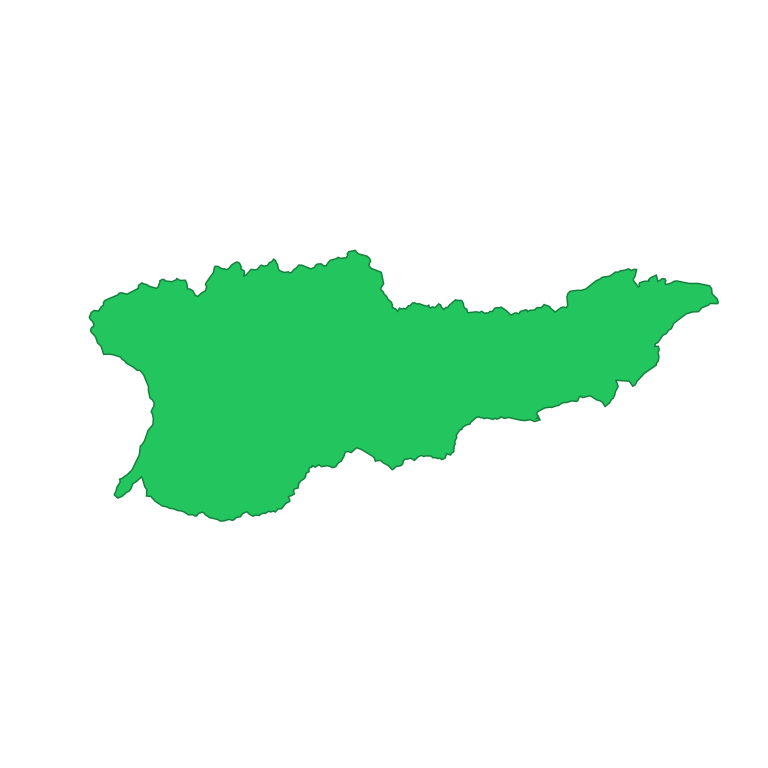 outline of Calca, Cusco, Peru, rotated 285°
{"feature_id": "86281439B75585445771905", "entity_name": "Calca", "entity_type": "district", "adm_level": 2, "iso_a3": "PER", "parent_name": "Peru", "parent_adm1": "Cusco", "projection": "mercator", "projection_center": [-71.991, -13.041], "detail": "fine", "context": "isolated", "style": "filled", "palette": "green", "viewbox_px": 768, "rotation_deg": 285, "n_neighbors": 0, "source": "geoboundaries", "source_scale": "gbopen_adm2", "svg_char_len": 6142}
<svg xmlns="http://www.w3.org/2000/svg" viewBox="0 0 768 768"><g transform="rotate(285 384 384)"><path d="M463.5,209.8L459.9,206.3L455.3,204.1L453.7,202.4L454.0,200.0L453.4,197.9L454.6,192.9L453.9,190.4L452.0,190.0L448.0,190.5L435.2,185.8L433.9,185.9L431.9,187.6L428.0,187.4L424.5,184.0L420.4,181.6L420.8,178.8L424.6,175.2L425.5,172.0L425.1,169.7L430.1,167.5L432.8,165.3L431.3,160.3L432.2,156.5L430.9,156.3L427.9,152.6L427.0,146.1L428.0,144.6L427.7,142.8L425.5,140.7L424.1,141.3L421.3,140.6L419.6,140.9L417.5,139.5L417.7,131.6L418.7,128.8L418.5,126.4L419.0,123.9L415.8,121.4L412.8,121.9L404.7,113.0L404.2,112.3L404.2,106.9L403.2,104.7L401.4,104.1L392.8,93.1L390.6,92.0L387.3,92.5L385.1,90.8L380.6,89.4L380.0,84.8L377.1,82.7L372.2,82.1L370.2,83.8L369.5,85.5L367.1,88.1L364.4,88.6L363.3,87.2L360.9,86.5L358.7,87.3L355.0,93.1L349.5,96.7L347.4,100.8L340.1,105.5L341.5,109.8L342.2,115.0L341.8,122.6L340.1,124.7L339.0,128.0L337.5,129.6L335.2,138.1L333.3,142.0L334.1,144.2L333.0,146.4L330.6,149.5L320.3,157.3L317.2,157.9L310.0,161.5L308.5,164.7L306.3,166.8L302.6,167.6L300.8,166.8L296.8,166.3L295.2,168.1L290.6,170.2L285.0,171.3L278.0,168.1L267.4,167.4L263.0,166.1L261.0,164.7L252.3,166.0L235.7,162.8L230.1,159.5L224.8,155.1L223.7,153.2L221.1,154.6L215.2,152.7L211.6,152.9L207.2,152.1L204.9,156.4L208.0,160.3L212.8,163.4L214.4,165.4L217.3,166.7L222.5,167.2L225.9,170.2L231.5,173.8L230.2,175.1L222.7,179.6L220.6,182.3L214.3,183.5L215.1,187.9L211.6,193.1L208.8,201.5L209.1,205.9L208.4,209.4L209.0,213.0L208.4,217.0L209.0,222.4L207.0,229.1L208.3,233.1L207.6,235.5L208.0,237.1L210.6,238.0L213.0,241.1L212.9,243.5L211.5,245.1L209.8,250.1L210.1,258.4L209.2,261.3L210.5,265.2L213.1,269.2L213.1,272.9L214.0,274.2L216.7,275.8L218.7,279.8L222.1,281.0L224.8,284.0L225.0,284.7L223.3,287.9L222.4,291.8L224.0,293.6L224.7,297.6L226.2,298.4L228.0,300.9L228.3,302.8L231.1,305.5L231.2,308.1L232.6,310.0L232.2,312.1L236.1,314.2L236.9,317.3L242.9,319.8L246.3,323.3L248.0,322.8L250.5,320.7L252.3,323.6L254.7,325.9L257.2,324.3L259.4,324.6L261.3,327.9L266.0,327.5L269.0,328.9L272.0,331.5L274.2,332.2L277.5,331.9L279.9,334.3L282.4,333.5L284.1,334.0L285.0,335.7L286.7,335.9L285.9,339.1L289.1,342.0L288.0,345.0L290.4,350.4L290.4,353.2L289.8,355.5L291.0,358.0L292.2,359.0L295.1,359.8L298.7,362.8L303.8,364.0L308.3,364.2L309.5,367.0L309.2,370.0L315.4,374.1L314.8,379.5L311.3,391.6L310.0,393.9L307.1,395.7L308.1,396.9L309.3,400.8L307.7,403.5L306.3,409.4L303.4,413.9L303.7,414.8L307.7,417.3L309.0,420.7L310.4,422.1L311.8,422.8L314.9,422.6L316.9,423.8L317.6,426.3L319.2,428.7L318.1,433.2L322.2,435.6L324.3,438.0L324.7,439.1L324.2,441.1L325.3,442.8L326.6,448.1L325.3,450.3L326.1,452.1L326.0,455.9L326.9,457.4L326.0,459.3L326.7,460.5L328.3,462.2L332.7,462.5L332.7,466.7L334.7,467.1L336.6,468.9L342.5,467.7L344.3,468.3L347.1,467.2L351.1,468.1L353.3,467.1L359.8,469.4L360.0,470.9L362.3,471.0L366.1,474.5L367.3,477.2L369.7,477.8L375.8,482.0L376.9,484.5L376.4,485.7L377.0,487.6L376.4,489.4L378.0,492.7L378.0,498.4L379.7,499.9L379.2,502.0L381.0,504.6L382.7,505.5L382.0,508.2L382.2,509.8L383.9,512.8L384.4,525.4L385.2,529.9L387.4,534.5L386.7,539.2L389.7,543.9L391.3,542.8L390.5,540.2L392.8,541.6L394.7,539.0L397.1,539.8L398.9,541.6L402.5,545.5L404.4,549.8L404.7,552.1L407.4,555.8L408.4,558.2L411.7,560.9L412.5,562.3L413.5,565.5L416.3,569.6L417.0,574.5L418.2,575.6L421.2,575.7L422.9,576.9L422.4,579.7L425.7,585.5L425.8,586.9L423.7,593.4L423.7,596.7L423.0,599.5L419.5,603.4L424.3,606.9L427.8,607.6L429.6,609.1L433.2,609.7L436.3,609.5L442.3,610.8L447.6,607.1L450.2,620.2L446.2,624.9L448.3,626.9L451.7,627.5L461.6,632.7L472.6,642.0L475.0,641.9L477.2,642.9L479.1,642.8L482.0,642.4L485.2,640.4L488.3,641.0L491.4,639.2L490.4,635.8L493.1,635.7L495.1,637.9L503.4,640.8L505.5,643.5L509.5,644.9L511.9,647.3L517.5,648.1L530.0,657.8L533.4,663.3L535.3,669.1L539.9,671.2L544.0,676.8L546.2,678.2L547.9,685.3L549.2,685.9L552.5,683.7L556.0,677.6L561.0,675.7L563.1,673.0L562.4,661.1L560.1,652.7L559.3,639.8L558.1,637.4L555.5,634.9L552.9,630.2L554.7,629.1L556.9,629.5L558.2,628.1L558.0,625.8L553.9,622.1L559.6,618.8L555.7,614.1L553.3,612.6L552.0,613.3L550.5,608.6L548.0,604.7L546.4,604.6L544.8,605.5L543.6,604.4L548.2,598.5L549.7,597.7L552.9,598.6L560.0,598.4L559.4,595.6L557.7,593.6L558.5,590.3L556.5,587.6L554.2,582.6L552.6,581.3L552.0,578.5L546.8,574.5L543.6,567.2L540.7,564.9L538.7,562.2L528.0,554.3L525.3,549.9L524.8,547.2L521.8,539.9L519.2,538.3L515.7,538.1L507.0,541.2L504.9,540.2L504.7,537.0L503.1,534.8L497.8,530.8L500.3,525.3L501.6,524.0L502.2,518.1L498.9,516.5L498.2,515.6L497.7,512.8L496.8,511.5L495.0,510.8L493.6,508.4L493.2,506.2L491.1,504.0L492.1,503.3L492.4,501.9L489.4,496.9L486.9,496.3L486.7,492.3L483.4,488.8L486.6,483.0L488.6,477.2L487.1,475.0L487.1,473.3L485.9,471.4L482.1,469.9L481.5,467.5L479.4,466.4L479.2,464.4L478.3,463.2L479.5,459.5L477.7,457.6L477.7,454.7L474.7,447.0L475.0,445.9L477.7,444.7L478.1,442.4L480.3,440.5L482.2,440.0L484.4,437.8L484.7,436.6L483.7,433.2L483.9,431.4L477.4,426.9L474.5,425.8L474.0,424.0L471.5,422.4L473.0,419.7L475.1,418.2L475.5,416.1L470.9,413.6L471.1,410.9L469.5,409.1L469.5,408.2L471.7,406.8L470.4,405.6L470.1,404.1L470.6,397.0L469.9,395.5L470.3,392.7L469.8,390.7L466.4,388.9L465.8,387.3L462.0,385.5L462.1,383.3L460.9,381.5L461.3,379.3L457.8,378.6L459.5,375.8L460.2,372.2L462.0,371.9L465.0,369.9L467.0,365.8L469.4,363.7L471.0,360.6L472.6,359.8L474.4,356.4L475.8,356.2L480.8,357.7L491.2,352.5L492.4,341.6L494.3,338.9L496.7,338.6L499.2,339.3L501.4,337.7L503.1,334.6L503.1,325.2L505.6,321.7L502.7,315.7L500.4,314.8L498.4,315.6L496.1,314.8L494.1,309.3L494.5,306.9L492.7,305.5L489.7,300.2L487.4,298.8L483.1,297.6L482.6,295.1L483.8,292.2L482.6,288.6L481.2,287.4L478.7,286.7L476.3,283.6L477.5,273.6L476.7,270.8L473.4,269.3L470.8,267.0L468.4,266.2L466.8,264.2L467.6,262.7L465.9,258.7L466.5,253.7L467.9,252.1L472.1,250.1L472.9,248.7L475.1,247.4L476.1,245.1L473.3,244.0L471.7,242.0L468.0,240.6L466.8,237.5L467.1,234.9L466.0,233.8L462.0,232.0L460.8,229.7L460.3,225.9L453.9,222.8L452.0,220.8L452.2,220.4L455.2,220.5L456.6,220.0L457.3,219.2L458.0,215.9L460.2,215.8L463.2,213.3L463.8,211.9L463.5,209.8Z" fill="#22c55e" stroke="#15803d" stroke-width="1.5"/></g></svg>